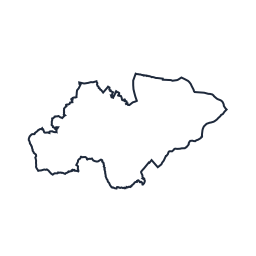 Mintiu Gherlii, Cluj, Romania, rotated 162°
{"feature_id": "2599482B84488457525620", "entity_name": "Mintiu Gherlii", "entity_type": "district", "adm_level": 2, "iso_a3": "ROU", "parent_name": "Romania", "parent_adm1": "Cluj", "projection": "mercator", "projection_center": [23.941, 47.068], "detail": "fine", "context": "isolated", "style": "outline", "palette": "slate", "viewbox_px": 256, "rotation_deg": 162, "n_neighbors": 0, "source": "geoboundaries", "source_scale": "gbopen_adm2", "svg_char_len": 5897}
<svg xmlns="http://www.w3.org/2000/svg" viewBox="0 0 256 256"><g transform="rotate(162 128 128)"><path d="M143.6,182.2L147.2,182.3L149.1,183.1L151.9,183.2L155.7,183.8L156.4,184.1L160.3,186.4L160.6,184.9L159.5,184.2L162.6,181.0L164.8,179.6L165.7,177.7L166.6,175.4L167.1,174.6L167.4,173.3L168.4,173.2L169.7,173.7L171.1,173.7L171.3,173.7L171.7,172.7L172.1,173.2L172.9,173.1L173.1,172.7L172.9,171.9L173.0,170.9L172.8,170.5L172.9,169.7L175.2,170.1L176.1,169.0L177.7,168.8L178.6,169.2L179.7,169.2L179.9,169.0L179.8,167.7L181.2,167.2L182.6,166.4L182.9,166.1L183.2,164.9L183.7,164.1L183.7,163.3L184.1,162.7L184.0,162.4L184.3,161.9L184.4,161.3L185.0,160.5L184.9,160.1L184.0,159.7L183.9,159.5L184.3,159.5L187.5,157.8L188.1,158.5L188.9,158.9L190.2,160.6L190.5,160.9L191.7,160.9L193.5,161.5L193.8,161.4L194.2,161.5L194.5,161.0L195.5,160.8L196.2,160.4L197.2,160.5L197.6,159.0L198.5,157.7L199.2,155.4L199.7,154.6L199.7,154.2L198.9,153.2L198.9,152.5L199.1,152.0L198.5,151.4L198.0,151.2L197.8,150.8L196.2,150.9L196.0,150.6L195.8,150.8L196.0,150.9L195.9,150.9L194.3,150.3L195.1,149.7L195.2,149.4L195.9,149.2L196.6,149.2L197.2,149.0L196.6,148.2L197.1,146.8L197.2,146.3L197.4,146.5L197.5,146.3L198.5,146.5L199.4,146.9L200.7,147.8L200.9,148.2L202.4,148.7L203.4,148.8L203.8,148.7L204.1,148.3L204.3,147.5L204.9,147.9L205.5,148.5L208.4,149.2L209.0,149.8L209.1,152.9L209.8,153.0L209.8,154.3L210.9,153.8L211.8,154.1L212.6,154.1L213.1,153.8L214.0,153.8L215.0,153.1L218.1,152.0L218.3,151.5L218.9,151.1L220.7,151.7L221.7,151.7L224.1,150.4L225.5,148.7L226.1,147.3L225.9,146.5L225.8,144.5L226.1,143.5L225.5,142.1L225.6,141.1L225.2,140.4L225.5,137.8L225.3,137.0L225.7,136.0L225.7,135.7L225.3,134.6L225.2,133.9L225.3,133.5L223.8,131.2L224.0,129.7L225.3,128.5L225.3,127.2L225.5,125.3L226.3,123.2L226.8,121.0L227.5,119.4L227.3,117.7L226.9,116.5L226.6,115.0L225.6,115.0L223.9,114.5L220.5,114.4L219.0,113.6L218.0,113.7L216.7,112.0L216.3,110.8L215.1,108.2L214.0,106.9L211.9,107.6L209.1,106.7L208.5,106.9L208.2,107.3L208.0,107.2L207.9,106.9L205.6,106.4L205.2,105.9L204.5,105.8L203.7,105.3L202.0,103.8L200.9,104.3L199.3,104.3L198.6,104.7L198.0,104.5L197.8,104.6L197.7,105.0L197.0,104.7L194.6,104.4L194.4,104.7L194.5,105.2L193.7,105.5L193.0,105.0L192.5,104.9L192.3,104.6L191.9,104.6L191.8,104.2L192.4,104.2L191.9,103.8L191.2,103.6L190.6,103.2L190.1,103.2L188.7,102.1L188.4,102.4L188.4,103.6L188.2,104.1L188.2,105.1L187.4,106.9L187.6,107.5L188.6,108.8L186.0,111.4L185.6,112.5L185.3,112.8L184.2,113.5L183.2,113.6L182.7,113.9L181.7,115.2L181.1,115.0L180.7,114.5L180.2,114.2L179.3,114.1L177.6,113.6L177.3,113.3L176.5,112.1L176.7,110.9L176.5,110.6L175.4,110.8L174.2,110.7L173.7,110.3L171.7,110.1L171.5,109.1L171.0,107.8L169.7,106.7L168.0,105.7L166.8,105.5L163.5,106.3L163.2,106.1L162.5,105.3L162.5,105.0L163.0,104.0L162.1,102.7L162.3,102.1L162.1,101.8L162.4,101.1L162.3,99.7L163.0,98.8L162.4,97.2L163.1,96.5L163.2,95.9L163.0,95.4L163.3,94.8L163.2,93.3L163.7,92.3L163.6,91.7L163.8,90.8L163.8,89.9L164.2,89.1L164.0,85.9L163.6,85.1L163.7,83.1L163.3,82.4L162.9,81.4L162.8,79.5L161.9,76.6L161.2,76.4L160.9,76.0L160.6,76.1L159.2,74.8L157.6,74.0L156.6,75.2L155.6,74.8L155.1,74.5L154.9,74.0L153.8,73.4L152.7,73.5L151.3,72.4L151.0,72.5L150.4,72.3L149.8,72.3L149.6,71.8L149.2,72.0L149.0,71.8L148.9,72.0L148.5,71.8L147.5,71.8L147.4,72.1L147.1,71.8L146.9,71.9L146.5,71.6L145.5,71.9L144.2,71.2L143.9,71.5L143.8,71.3L142.7,71.5L142.1,72.3L140.6,72.8L139.4,73.4L138.6,74.1L137.6,74.3L136.2,74.0L136.1,74.6L135.9,74.9L135.2,74.9L135.0,75.1L134.4,75.1L134.1,74.8L133.5,72.8L133.1,72.6L132.3,72.9L131.7,72.2L131.4,70.8L131.7,69.8L131.4,69.6L129.9,70.4L128.7,71.8L128.3,72.6L128.3,73.5L128.5,74.0L129.6,75.3L128.6,75.4L129.2,76.3L129.4,76.9L128.9,78.5L129.0,79.5L129.2,80.8L129.2,82.1L128.4,82.8L126.3,84.1L125.8,84.3L118.8,88.8L118.4,88.3L115.5,90.2L111.8,81.5L107.5,83.1L106.2,84.5L104.1,85.9L100.6,89.7L100.1,89.6L99.0,90.3L98.1,90.9L97.2,92.2L96.5,92.9L95.4,93.0L93.4,92.2L91.4,93.0L90.7,93.6L89.6,93.8L87.6,92.9L84.9,92.2L83.3,92.1L80.2,91.2L79.0,91.7L78.5,91.6L75.6,93.4L75.1,94.0L75.0,94.7L73.8,95.9L72.8,96.5L70.8,96.1L69.8,95.4L68.2,94.7L66.8,95.2L65.0,95.2L62.4,95.8L61.5,96.2L60.9,96.9L60.5,96.7L60.2,97.0L59.6,99.1L57.9,102.8L57.0,104.2L55.4,106.0L52.0,107.7L48.7,107.8L47.6,107.6L44.6,107.5L42.6,108.0L40.6,108.7L39.3,109.5L36.6,110.7L35.5,111.6L33.4,112.0L31.2,113.7L28.5,115.1L29.2,116.5L29.9,118.9L30.0,119.5L29.7,120.8L29.8,122.2L30.0,123.5L30.6,124.8L31.4,125.8L33.5,127.5L34.4,128.4L36.5,131.8L36.5,132.3L37.4,133.8L39.3,135.0L41.1,135.7L44.6,138.0L53.5,141.6L53.9,142.7L53.8,144.2L54.5,148.4L54.7,150.4L55.5,152.7L56.3,154.2L59.1,157.1L61.6,159.5L65.3,158.5L66.6,158.4L71.1,159.2L72.4,160.3L80.0,163.2L79.7,164.2L84.5,166.4L86.1,167.0L87.8,168.3L89.1,169.0L89.7,169.0L90.3,169.7L91.8,170.8L92.7,171.1L93.0,171.5L93.5,171.7L94.0,171.6L94.3,171.9L94.3,172.2L94.9,172.5L95.8,172.7L96.0,173.0L96.9,173.0L97.4,173.8L97.9,173.8L100.0,175.3L100.7,175.4L101.9,176.2L102.9,176.5L103.9,177.3L108.4,171.5L109.8,167.2L110.8,163.2L111.1,159.5L111.3,155.4L111.2,151.1L112.6,150.9L115.6,150.9L119.6,149.4L120.9,150.0L121.0,150.7L120.9,151.4L122.4,151.3L122.5,151.6L122.0,151.9L121.4,152.6L121.2,153.3L121.2,153.8L121.5,154.1L122.7,154.4L123.0,154.7L123.0,155.0L122.2,155.5L122.2,155.8L122.3,156.2L122.8,156.3L123.4,155.8L123.9,155.8L124.5,156.1L124.9,156.5L124.9,157.0L124.7,158.8L124.8,160.5L126.6,161.4L128.1,162.6L126.5,161.5L125.9,162.8L126.1,163.1L125.6,164.0L126.2,164.9L127.4,165.6L127.6,166.3L127.9,166.7L128.6,166.0L128.3,165.7L129.7,164.6L131.5,162.7L131.7,162.9L132.4,162.2L132.8,161.4L134.1,162.3L134.1,164.2L133.5,163.9L132.1,165.7L131.2,166.6L133.4,168.7L132.9,169.2L133.9,170.3L133.1,172.2L134.2,173.5L135.3,172.7L140.7,169.4L141.8,172.5L142.5,173.0L142.7,174.5L143.3,174.8L143.5,175.1L143.3,176.1L143.3,176.6L144.0,177.4L144.0,179.2L143.4,179.9L143.3,180.5L143.7,181.6L143.6,182.2Z" fill="none" stroke="#1e293b" stroke-width="2"/></g></svg>